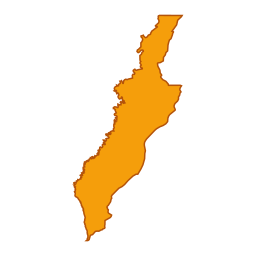 outline of Centro Novo do Maranhão, Maranhão, Brazil
{"feature_id": "56859067B37138273453889", "entity_name": "Centro Novo do Maranhão", "entity_type": "district", "adm_level": 2, "iso_a3": "BRA", "parent_name": "Brazil", "parent_adm1": "Maranhão", "projection": "orthographic", "projection_center": [-46.631, -3.068], "detail": "fine", "context": "isolated", "style": "filled", "palette": "amber", "viewbox_px": 256, "rotation_deg": 0, "n_neighbors": 0, "source": "geoboundaries", "source_scale": "gbopen_adm2", "svg_char_len": 5799}
<svg xmlns="http://www.w3.org/2000/svg" viewBox="0 0 256 256"><path d="M139.9,55.5L140.0,60.0L140.2,60.8L140.8,61.5L140.1,62.3L140.0,63.2L141.1,64.7L141.2,65.2L140.4,66.1L140.4,66.9L140.9,67.5L142.1,68.0L142.3,68.3L142.2,68.9L138.1,69.7L136.3,70.3L135.4,70.0L134.9,69.2L134.5,69.3L133.2,70.4L133.4,71.7L134.6,72.7L134.8,73.3L134.4,74.3L133.1,74.2L132.3,75.3L132.5,78.1L128.2,79.1L127.4,79.6L126.9,79.6L125.9,79.2L124.7,79.7L123.8,80.7L123.2,83.4L122.8,83.4L121.6,80.7L121.3,81.0L119.9,81.2L120.3,82.0L120.2,83.5L118.6,84.4L118.5,85.7L118.2,85.9L116.8,85.2L117.1,86.1L115.4,86.6L114.4,88.0L114.3,88.8L114.8,89.8L114.8,90.4L114.1,90.8L114.6,91.1L116.3,90.5L116.5,90.9L115.9,91.7L116.6,92.8L116.7,93.7L117.3,93.6L117.8,92.9L118.4,93.5L118.9,95.0L118.2,96.0L118.0,96.8L118.5,97.9L119.4,99.0L120.0,98.9L121.2,98.2L121.3,97.4L121.6,97.0L122.1,97.2L122.4,98.0L122.3,99.9L122.5,100.4L123.2,100.3L123.3,101.0L122.9,101.2L123.3,101.8L123.6,102.0L124.2,101.5L124.2,102.1L124.9,102.9L124.6,103.0L124.3,102.8L123.6,103.3L122.1,102.2L120.8,101.6L120.3,102.3L121.2,103.4L120.9,104.7L120.6,104.5L119.9,104.9L117.9,104.1L117.9,104.6L118.9,105.1L118.3,105.9L118.0,107.5L117.3,107.6L116.3,107.0L114.7,106.8L113.4,107.6L113.4,108.6L114.0,108.6L115.3,109.7L115.1,110.3L116.3,112.9L114.7,113.7L114.3,114.3L114.4,114.7L114.9,115.4L116.2,115.6L117.0,116.3L117.0,116.9L116.9,117.4L115.5,117.6L115.5,118.1L116.4,118.1L116.8,118.4L116.8,120.0L115.6,120.1L114.7,119.7L114.3,120.1L114.2,120.6L114.4,121.0L115.8,121.7L114.3,122.2L114.8,123.5L114.8,124.0L113.9,124.1L113.8,126.3L114.2,127.8L113.3,129.0L113.8,131.0L112.5,130.8L110.5,131.6L110.9,133.5L110.5,134.4L109.6,134.4L109.9,133.2L109.3,132.6L108.6,132.8L107.9,134.1L106.1,133.9L105.8,134.3L106.3,135.5L108.1,134.6L107.9,136.4L109.0,137.3L109.0,137.7L108.3,138.3L107.0,138.4L105.9,138.8L106.4,140.2L105.5,141.4L104.3,140.1L103.3,140.1L103.5,140.5L104.6,141.1L104.8,141.9L103.6,142.4L103.4,142.7L103.5,143.1L104.9,143.6L105.2,144.3L104.9,144.6L104.4,144.0L103.4,144.4L102.8,144.4L102.4,144.7L102.3,145.2L102.7,146.3L102.4,147.3L101.7,147.7L100.7,147.0L99.8,147.3L99.6,149.0L100.0,149.4L100.0,149.9L98.9,150.6L98.5,150.1L98.2,150.2L98.0,150.8L99.2,151.8L99.0,152.4L97.9,152.8L97.4,153.4L98.8,153.8L98.6,154.8L97.7,155.1L97.1,154.9L95.8,156.2L94.9,155.7L94.5,157.1L94.8,157.6L94.1,158.1L93.8,158.3L93.1,156.9L92.7,156.6L92.3,156.7L93.0,157.3L92.7,158.0L92.1,158.6L91.6,158.7L91.6,158.2L90.9,157.6L90.4,157.6L90.4,158.4L89.2,159.2L89.3,159.6L88.5,160.2L88.8,160.7L88.5,161.1L88.2,161.3L88.0,161.1L87.7,160.4L86.6,160.9L86.8,161.2L86.6,161.9L86.1,162.1L85.9,161.8L85.4,162.0L84.9,161.8L84.4,162.2L85.2,163.1L85.2,163.6L85.0,164.2L84.2,163.7L83.9,164.0L84.2,164.4L83.9,165.4L84.0,165.9L84.6,166.2L84.7,166.9L83.3,167.2L83.1,167.7L83.2,169.0L84.1,169.0L84.6,169.9L84.2,170.3L83.9,170.0L83.5,170.1L83.9,171.1L83.5,170.9L83.1,171.3L83.1,171.8L83.8,172.0L83.9,172.9L83.8,173.2L83.4,173.2L82.8,172.7L81.6,172.9L82.6,175.2L82.4,175.4L82.2,175.0L81.9,175.1L81.4,174.6L80.2,175.3L81.5,177.1L81.6,177.5L80.7,177.7L80.8,179.0L79.8,179.0L78.8,179.9L77.8,179.6L77.7,180.5L77.3,180.9L77.0,181.2L76.7,180.9L76.3,181.1L76.4,182.1L76.0,183.0L74.8,182.4L74.0,182.7L74.3,183.3L73.9,183.8L74.2,183.8L74.8,184.6L75.1,184.6L74.5,185.3L74.1,185.4L74.0,185.8L75.1,186.7L74.8,186.8L74.6,187.2L75.2,187.6L75.1,188.0L75.4,188.4L75.2,189.3L75.5,189.7L75.2,190.0L75.3,191.1L74.5,191.6L74.8,192.4L75.3,192.9L75.0,195.8L75.7,196.7L76.7,197.1L78.1,198.3L78.4,199.1L79.8,200.8L80.1,201.8L80.6,201.9L80.8,202.2L80.5,202.5L81.4,204.4L81.4,205.3L81.8,206.1L82.2,206.3L82.3,207.3L82.7,207.4L82.8,208.0L83.4,208.7L83.1,209.8L83.4,210.0L83.1,210.2L83.8,212.0L84.0,213.7L85.2,217.4L84.7,219.9L84.8,220.2L84.3,221.7L84.3,222.7L84.9,223.7L84.8,224.2L85.4,225.5L85.3,226.7L85.6,227.0L86.4,229.5L87.0,230.2L87.3,232.1L87.1,232.9L87.5,233.5L87.4,234.1L87.9,235.4L87.9,237.7L87.3,238.4L87.5,239.5L86.3,240.6L87.6,240.6L88.6,240.2L89.2,239.4L90.2,235.9L90.8,235.1L92.6,234.6L95.4,231.4L97.0,231.1L98.4,231.2L99.7,230.9L100.2,230.3L102.5,229.6L102.8,229.0L104.6,228.3L104.9,227.4L104.6,226.0L104.9,224.8L105.0,220.5L110.3,217.5L111.1,216.5L111.6,215.1L108.6,213.2L108.0,212.1L108.3,209.7L107.5,209.0L107.4,207.9L107.1,207.7L107.0,207.3L107.2,206.3L108.3,205.3L110.6,201.7L111.1,199.1L111.7,198.4L111.4,196.3L112.0,195.2L118.9,188.2L122.0,186.6L124.6,184.5L128.1,180.5L133.0,176.0L136.1,174.2L137.8,174.2L141.0,168.8L142.9,164.8L144.6,158.8L144.8,153.4L145.4,150.8L144.4,145.7L144.3,143.9L144.7,142.0L145.6,140.4L146.7,138.8L154.8,130.3L156.5,128.8L159.8,126.8L163.1,125.5L165.8,123.8L167.6,121.6L167.9,118.0L168.8,115.8L169.8,114.5L175.1,110.2L175.2,109.4L174.1,106.9L174.1,105.6L174.9,103.6L177.5,101.1L178.5,99.2L178.5,96.9L179.6,95.3L180.0,93.1L181.0,91.9L179.8,89.8L179.8,88.9L180.6,87.1L181.5,85.8L180.3,85.3L168.5,85.3L168.2,84.0L165.9,81.3L162.8,79.7L160.8,77.4L160.7,76.4L161.6,75.6L161.6,74.9L160.2,72.9L159.9,70.2L157.8,66.1L157.5,63.5L158.0,62.9L160.3,62.6L163.3,60.9L163.5,57.3L165.3,54.9L165.9,52.6L167.6,50.9L168.0,45.0L168.8,41.8L169.5,39.9L171.0,38.7L172.5,34.6L172.5,33.8L173.4,32.2L173.4,31.8L172.0,31.3L176.6,24.9L177.7,20.2L181.4,16.7L182.1,15.5L159.5,15.4L158.4,15.9L158.2,16.3L158.4,17.2L158.0,18.7L158.9,20.4L159.0,21.4L158.5,23.0L157.3,23.9L156.7,24.8L155.5,25.5L155.5,26.0L155.9,26.4L157.2,26.6L157.3,26.9L151.6,31.3L151.2,32.5L150.6,33.1L150.6,33.9L150.3,34.4L148.4,35.1L147.4,36.6L146.4,37.4L145.4,37.6L144.9,37.2L143.8,36.3L143.4,35.2L141.0,36.0L141.1,36.9L142.3,38.1L142.7,39.7L141.9,41.7L140.9,42.8L140.9,46.9L138.5,49.3L137.4,50.0L137.0,51.5L138.1,52.6L138.5,52.6L139.7,51.8L140.9,50.2L141.5,50.1L142.8,50.1L143.3,50.8L143.3,51.4L142.0,52.4L141.4,54.3L139.9,55.5ZM118.3,105.9L118.4,105.6L118.2,105.2L117.9,105.4L118.0,106.0L118.3,105.9Z" fill="#f59e0b" stroke="#b45309" stroke-width="1.5"/></svg>